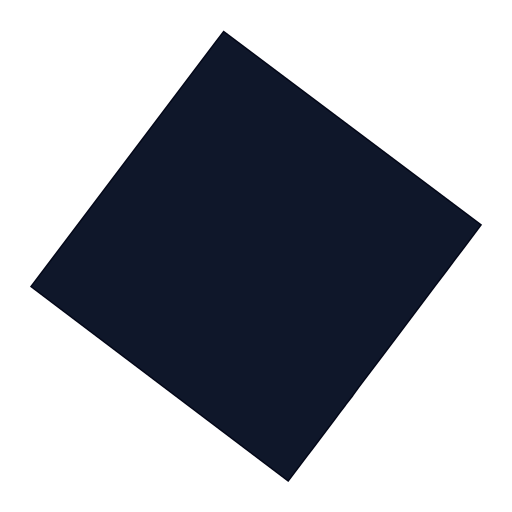 Smith, Kansas, United States of America, rotated 127°
{"feature_id": "52423323B97922729211472", "entity_name": "Smith", "entity_type": "district", "adm_level": 2, "iso_a3": "USA", "parent_name": "United States of America", "parent_adm1": "Kansas", "projection": "mercator", "projection_center": [-98.778, 39.785], "detail": "fine", "context": "isolated", "style": "filled", "palette": "ink", "viewbox_px": 512, "rotation_deg": 127, "n_neighbors": 0, "source": "geoboundaries", "source_scale": "gbopen_adm2", "svg_char_len": 534}
<svg xmlns="http://www.w3.org/2000/svg" viewBox="0 0 512 512"><g transform="rotate(127 256 256)"><path d="M95.7,95.0L96.2,416.9L108.6,417.0L415.8,417.3L416.3,94.9L405.7,94.9L394.2,94.9L384.3,94.9L376.0,94.8L365.6,94.8L354.0,94.8L338.7,94.8L331.9,94.9L331.2,94.9L322.1,94.8L320.4,94.9L310.4,94.7L309.7,94.7L308.8,94.8L298.9,95.0L289.9,95.0L262.2,94.9L260.9,94.9L236.1,94.9L228.2,94.9L171.1,95.0L156.2,94.9L150.0,94.9L149.7,94.9L138.4,95.0L123.2,94.9L122.3,94.9L95.7,95.0Z" fill="#0f172a" stroke="#020617" stroke-width="1.5"/></g></svg>